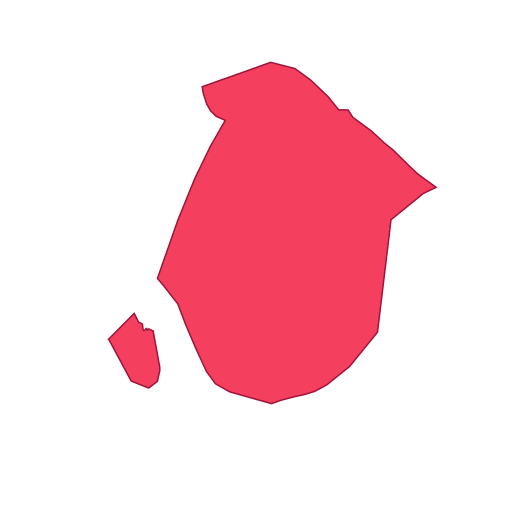 Radman, Al Bayda', Yemen (orthographic projection), rotated 216°
{"feature_id": "15242507B86992417351201", "entity_name": "Radman", "entity_type": "district", "adm_level": 2, "iso_a3": "YEM", "parent_name": "Yemen", "parent_adm1": "Al Bayda'", "projection": "orthographic", "projection_center": [45.286, 14.484], "detail": "fine", "context": "isolated", "style": "filled", "palette": "rose", "viewbox_px": 512, "rotation_deg": 216, "n_neighbors": 0, "source": "geoboundaries", "source_scale": "gbopen_adm2", "svg_char_len": 1568}
<svg xmlns="http://www.w3.org/2000/svg" viewBox="0 0 512 512"><g transform="rotate(216 256 256)"><path d="M267.3,428.3L275.0,422.9L291.0,427.2L301.9,428.7L307.8,429.5L315.5,430.5L334.3,430.5L334.7,430.5L335.5,430.2L335.8,430.1L346.9,425.7L357.9,421.3L358.0,421.3L365.6,410.1L377.6,392.6L385.5,381.0L385.6,380.9L385.8,380.7L399.0,361.3L394.4,356.7L388.2,352.2L386.6,351.0L385.1,349.8L383.3,349.1L378.0,346.7L370.3,345.6L360.6,347.7L359.6,338.0L359.0,332.9L357.4,317.9L356.6,313.7L354.9,304.2L352.3,289.7L352.0,287.8L351.0,282.5L344.1,254.5L340.4,239.5L322.6,180.0L322.5,179.9L313.5,177.7L292.2,171.6L291.5,171.5L280.6,164.4L276.9,162.0L272.8,159.3L262.8,153.3L262.1,152.9L251.1,146.3L247.6,144.3L238.1,139.0L234.7,137.1L227.8,133.3L213.7,128.8L210.1,129.2L197.5,130.6L156.6,145.7L151.3,153.6L146.9,159.0L141.9,165.1L135.4,172.4L128.9,181.0L122.8,193.9L121.8,198.0L115.3,221.7L115.3,222.2L114.5,237.0L112.9,265.7L129.2,295.0L143.1,319.9L145.3,323.9L151.4,334.8L152.6,337.0L168.1,364.7L157.4,404.9L150.7,417.4L172.6,417.4L186.3,419.1L187.2,419.3L207.9,422.4L217.9,422.8L222.3,423.3L234.1,424.7L236.6,425.0L243.9,425.0L257.8,425.1L259.0,425.1L267.3,428.3ZM326.4,101.8L325.7,101.8L316.3,97.3L312.2,95.3L283.5,81.5L281.7,81.9L267.1,85.6L265.2,86.1L263.6,91.5L262.1,96.7L264.5,102.2L266.3,106.5L268.6,109.6L294.2,134.0L294.8,134.9L299.9,134.0L300.1,132.6L300.7,132.4L301.9,133.1L302.3,132.5L302.1,131.5L302.6,130.3L303.0,129.8L303.9,129.9L304.5,130.5L307.8,134.1L310.5,133.9L312.0,133.4L320.8,138.0L326.4,101.8Z" fill="#f43f5e" stroke="#9f1239" stroke-width="1.5"/></g></svg>